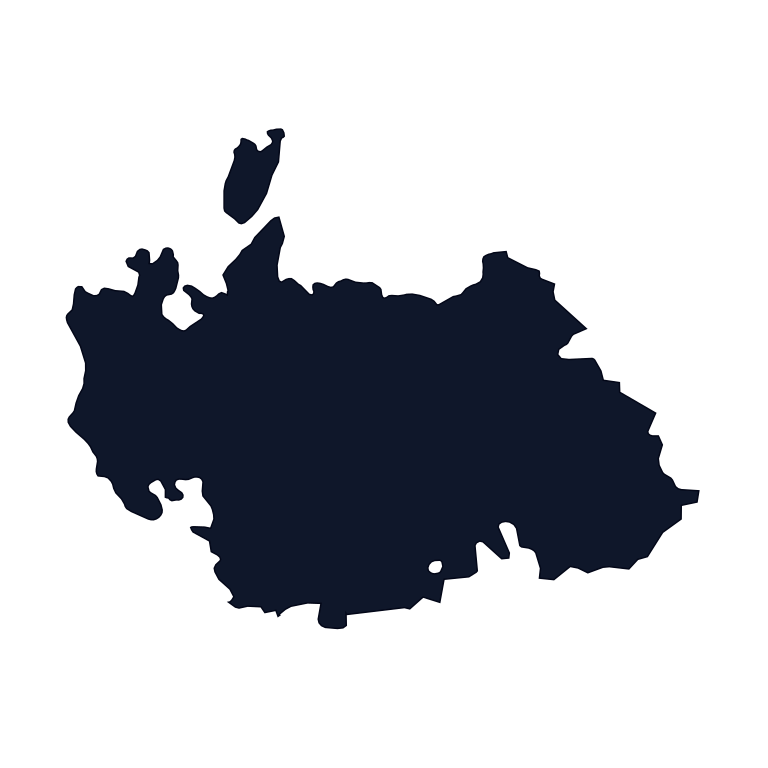 map outline of Burgos (orthographic projection), rotated 274°
{"feature_id": "ESP-5810", "entity_name": "Burgos", "entity_type": "Autonomous Community", "adm_level": 1, "iso_a3": "ESP", "parent_name": "Spain", "parent_adm1": "", "projection": "orthographic", "projection_center": [-3.389, 42.329], "detail": "fine", "context": "isolated", "style": "filled", "palette": "ink", "viewbox_px": 768, "rotation_deg": 274, "n_neighbors": 0, "source": "natural_earth", "source_scale": "10m", "svg_char_len": 6135}
<svg xmlns="http://www.w3.org/2000/svg" viewBox="0 0 768 768"><g transform="rotate(274 384 384)"><path d="M543.1,267.5L524.3,274.2L517.1,272.8L512.9,271.0L495.1,269.0L483.5,270.4L479.4,272.3L478.4,274.7L481.5,279.1L482.4,281.7L482.6,284.3L480.9,287.3L477.4,291.7L476.4,294.0L468.2,303.2L467.8,306.0L469.1,307.5L471.3,307.7L473.4,306.7L475.8,306.3L478.0,306.4L479.5,308.0L480.1,310.3L479.9,313.3L479.1,316.6L477.3,321.1L476.6,324.2L477.3,326.7L481.4,329.5L482.9,331.5L483.7,333.9L485.1,336.1L485.9,338.6L485.8,340.8L483.5,348.4L483.2,356.6L483.5,359.6L484.1,362.3L484.1,365.2L479.8,372.9L478.1,374.3L472.8,375.4L470.1,376.8L469.6,378.8L470.7,380.9L472.3,382.8L472.8,385.6L472.8,392.0L474.1,397.8L475.0,400.4L475.6,405.9L474.8,413.6L471.8,425.1L470.0,428.2L466.7,431.2L466.8,433.1L476.0,447.0L476.7,449.8L478.5,454.7L480.5,456.3L484.7,459.2L487.7,463.6L489.0,466.1L489.9,468.7L492.7,473.0L496.9,475.1L500.5,475.3L502.6,475.0L506.7,475.1L510.8,474.6L513.2,473.9L515.7,474.0L517.9,474.8L519.4,476.9L520.7,479.4L521.4,481.9L522.5,484.2L524.6,496.6L518.6,498.6L509.9,519.1L508.6,527.4L507.4,530.9L505.2,531.4L502.7,531.3L500.4,532.5L499.5,534.3L495.6,547.1L487.8,546.2L479.6,548.5L453.3,581.9L446.8,569.4L444.9,567.8L437.5,564.4L436.2,563.1L435.1,561.1L430.8,555.9L425.5,555.2L421.6,559.0L421.3,566.8L424.0,589.9L423.5,591.4L422.6,592.5L412.1,599.5L403.0,602.5L401.8,618.7L392.2,619.7L373.9,657.0L355.2,650.4L352.9,651.0L351.5,652.8L350.9,655.4L351.3,661.3L342.7,665.9L328.8,662.8L322.1,664.1L315.1,668.1L313.5,669.9L310.1,676.7L308.3,678.4L302.0,681.9L300.0,684.7L299.3,688.0L299.4,705.5L288.1,704.5L283.7,689.0L270.0,689.8L255.4,672.3L230.2,658.8L226.8,649.4L216.6,641.2L217.5,621.5L216.5,615.2L209.9,600.5L214.0,590.4L215.0,582.5L200.7,567.1L201.2,552.6L211.0,553.0L226.2,547.2L228.1,545.4L229.5,542.9L230.5,539.8L231.1,532.6L232.3,530.8L249.3,526.3L252.9,523.4L255.1,518.9L255.4,514.8L254.4,511.0L252.3,508.4L249.2,507.8L224.2,520.8L219.1,520.6L217.9,513.6L233.5,493.7L234.0,490.4L232.0,487.2L229.2,486.0L204.1,490.1L202.7,489.1L197.6,482.1L193.4,457.5L170.1,454.9L174.2,437.8L161.5,425.4L162.4,420.0L151.5,363.0L152.7,362.1L140.5,363.2L137.9,360.1L136.9,354.6L137.1,342.4L138.6,338.5L141.2,335.9L144.8,334.8L160.8,336.5L160.3,323.0L155.8,306.7L152.4,301.3L146.7,295.3L146.1,296.1L144.8,294.5L150.7,291.9L147.7,281.1L153.2,276.8L152.9,263.5L150.4,255.0L151.1,251.3L155.5,244.2L155.9,245.6L157.7,247.2L161.3,249.1L168.6,244.6L177.6,233.0L184.8,228.5L188.4,227.5L192.0,228.9L196.2,232.8L197.7,233.3L199.9,232.3L201.9,229.7L204.7,223.4L215.2,220.9L223.0,203.9L225.1,202.3L227.4,201.2L228.0,202.2L228.3,204.3L228.7,215.1L227.9,221.1L237.4,223.8L241.8,223.2L247.1,221.5L250.3,219.9L259.7,211.2L264.5,210.2L273.8,210.3L276.4,208.8L277.9,206.5L278.2,204.0L278.0,201.5L277.3,199.7L275.3,195.7L274.8,192.8L275.0,189.0L274.9,186.1L273.8,183.5L271.6,182.3L268.8,181.9L265.5,183.6L263.5,186.3L261.4,189.8L259.2,191.2L256.9,191.2L255.0,189.7L254.0,187.4L253.9,184.8L252.8,180.5L253.6,178.6L255.2,177.1L255.4,175.2L255.8,173.8L263.5,173.3L271.7,168.1L273.2,165.4L272.6,163.0L269.3,158.2L267.4,156.4L265.0,155.6L260.5,157.1L259.1,159.1L256.8,163.8L254.9,165.7L247.9,169.9L242.9,171.5L240.2,171.5L237.6,170.4L235.3,168.6L233.6,166.3L232.5,163.6L232.4,160.9L232.9,158.2L239.2,140.9L241.8,136.0L243.9,134.4L246.2,133.5L251.1,130.2L256.7,124.1L261.0,121.7L265.1,120.4L267.8,118.8L271.1,115.3L272.2,111.7L272.4,105.2L274.2,103.9L276.5,103.1L279.1,103.0L286.8,103.7L289.4,103.2L291.8,102.1L295.9,98.4L300.8,95.7L304.0,93.1L308.0,88.8L314.5,80.1L319.9,74.2L323.8,71.7L326.8,71.4L329.2,72.4L333.4,75.7L335.6,77.0L343.5,78.2L351.1,80.3L358.4,83.7L363.5,84.8L368.5,84.4L376.5,85.5L384.1,84.9L400.6,78.5L423.1,64.0L425.9,63.0L428.2,62.5L430.1,62.8L431.7,63.7L436.2,67.8L442.2,68.7L451.4,68.8L457.3,69.7L458.8,70.9L459.8,72.2L459.9,75.8L455.2,79.5L453.8,82.5L451.7,88.2L452.2,91.5L453.7,93.7L458.4,95.6L460.0,98.3L459.7,102.6L458.3,109.3L458.2,118.1L456.5,122.1L454.9,124.5L453.8,126.8L455.0,128.2L457.3,129.3L465.5,131.6L473.5,132.1L475.4,132.7L478.5,131.5L483.4,120.7L488.4,118.2L490.6,119.1L491.9,120.7L492.1,125.0L494.0,127.2L499.1,128.8L501.2,131.1L501.7,133.2L501.1,136.3L500.3,138.6L498.6,140.4L491.1,141.5L487.8,141.3L487.7,144.7L491.5,149.4L495.1,151.9L502.9,154.6L504.3,157.0L504.6,159.0L504.1,161.0L503.3,162.5L501.9,163.7L498.3,164.8L496.1,164.8L492.6,168.1L490.6,169.7L488.3,170.2L482.6,170.3L478.2,171.4L475.6,171.5L465.0,169.6L462.6,168.7L460.4,167.6L458.9,165.7L457.6,160.9L455.9,159.0L453.6,157.8L447.6,156.3L437.9,157.5L435.5,159.5L433.7,162.0L432.5,164.5L429.3,169.1L425.5,173.3L424.1,175.9L423.1,178.3L422.9,180.9L424.0,183.0L427.8,186.6L436.0,197.3L438.0,198.7L439.8,199.5L441.3,198.7L441.8,196.7L441.6,194.7L443.8,190.2L445.7,188.2L447.9,187.0L450.4,186.4L455.6,186.6L457.6,185.3L459.6,183.3L463.4,177.7L465.8,177.1L467.7,178.4L468.7,181.0L468.2,185.2L466.3,188.9L463.4,193.7L460.4,197.6L458.7,201.1L457.8,204.0L457.6,206.7L458.7,209.1L460.4,211.2L462.3,212.9L463.8,215.5L462.9,218.8L461.8,221.5L465.2,221.5L466.4,222.0L473.3,219.8L481.5,215.8L490.2,220.4L497.9,227.5L503.1,231.2L507.3,233.2L514.2,241.8L521.1,244.9L538.9,259.7L541.9,263.2L543.1,267.5ZM206.1,455.5L210.4,454.3L211.5,453.5L212.1,452.0L211.5,446.9L210.0,443.7L207.1,441.4L203.7,440.5L200.9,441.2L199.8,442.4L198.8,444.0L198.2,445.8L198.1,447.7L199.0,451.2L199.8,452.8L201.0,453.7L206.1,455.5ZM565.6,211.0L572.8,211.7L575.8,212.4L579.8,214.2L596.5,219.1L599.9,219.5L602.5,219.1L604.8,218.2L606.6,218.4L608.0,219.3L609.0,220.9L610.6,222.5L613.0,224.1L615.3,224.5L618.1,224.4L619.0,225.5L618.6,228.5L617.9,230.1L617.5,231.9L615.0,237.0L614.0,238.5L612.5,239.6L609.1,240.5L607.7,241.6L607.2,243.1L607.1,244.8L608.1,246.3L612.2,250.7L614.9,254.7L616.6,255.7L618.4,256.1L620.0,255.4L621.7,254.4L624.2,251.4L625.7,250.4L627.5,250.1L628.3,251.2L629.2,253.2L629.5,255.6L630.6,258.8L631.1,263.4L630.5,264.9L627.5,266.6L624.2,267.2L623.0,266.1L622.3,264.7L619.1,263.5L598.2,263.2L584.5,257.6L566.0,253.5L549.2,245.8L542.0,240.4L535.3,233.6L534.0,230.5L534.5,228.0L538.4,223.5L544.0,214.7L545.5,213.0L548.3,212.2L565.6,211.0Z" fill="#0f172a" stroke="#020617" stroke-width="1.5"/></g></svg>